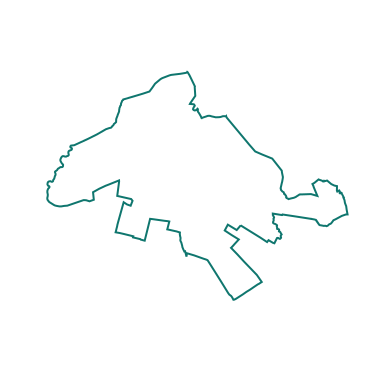 outline of Halmeu, Satu Mare, Romania, rotated 60°
{"feature_id": "2599482B67315502601683", "entity_name": "Halmeu", "entity_type": "district", "adm_level": 2, "iso_a3": "ROU", "parent_name": "Romania", "parent_adm1": "Satu Mare", "projection": "mercator", "projection_center": [23.064, 47.974], "detail": "fine", "context": "isolated", "style": "outline", "palette": "teal", "viewbox_px": 384, "rotation_deg": 60, "n_neighbors": 0, "source": "geoboundaries", "source_scale": "gbopen_adm2", "svg_char_len": 5899}
<svg xmlns="http://www.w3.org/2000/svg" viewBox="0 0 384 384"><g transform="rotate(60 192 192)"><path d="M110.4,303.5L111.6,304.7L112.1,306.0L112.5,306.4L113.1,306.9L113.3,307.7L113.0,308.4L111.8,309.3L111.5,310.1L111.3,310.9L111.5,311.9L112.2,312.7L113.2,313.4L114.4,313.5L114.7,313.4L115.6,312.8L116.2,312.8L116.5,313.0L116.9,313.7L117.1,314.6L117.5,315.3L118.5,316.5L118.9,316.8L119.9,317.4L122.2,318.2L123.4,319.0L124.7,320.2L125.7,320.8L126.8,321.0L127.6,320.8L128.1,320.9L129.4,320.6L134.3,318.0L135.3,317.3L136.6,315.9L138.2,314.0L139.1,312.4L140.2,309.5L141.5,306.8L144.8,290.0L146.1,287.9L148.8,285.4L149.6,280.9L142.7,277.8L142.8,270.7L143.4,263.7L143.9,260.6L145.5,249.4L146.5,249.9L158.0,258.7L167.7,248.2L169.9,247.9L173.2,252.0L170.3,254.5L166.7,256.3L181.0,270.9L183.2,273.1L184.3,274.0L186.0,275.7L187.4,277.0L188.7,278.3L191.3,275.2L194.1,272.2L201.0,265.0L201.8,265.8L207.0,260.3L207.6,260.2L210.5,257.3L194.3,241.7L195.8,239.7L203.6,229.7L204.3,228.7L205.0,227.8L205.8,226.8L206.2,226.4L212.0,232.1L213.9,230.0L214.0,229.9L217.6,226.0L218.2,225.3L221.0,222.7L222.3,223.6L224.1,224.3L226.1,224.9L226.4,225.1L227.9,226.2L228.5,226.4L229.4,226.5L230.3,226.5L233.7,227.4L235.0,227.9L237.3,228.2L239.7,228.4L239.9,227.6L245.2,229.1L243.8,228.0L242.3,227.2L248.0,221.8L255.4,215.5L257.5,213.6L258.7,212.7L259.0,212.6L263.0,212.4L283.9,211.6L297.6,211.2L299.5,211.0L301.5,210.1L302.1,210.0L303.4,209.9L305.9,210.0L305.9,209.8L306.4,209.1L306.4,208.8L306.4,208.0L306.5,207.8L306.1,199.3L305.7,194.8L305.6,190.8L305.4,187.9L305.3,186.8L304.9,181.3L305.0,180.0L304.8,176.6L296.3,177.3L278.5,181.7L268.7,183.9L259.9,186.1L259.8,185.6L258.8,182.4L258.5,181.6L256.5,175.2L248.9,179.3L241.7,182.9L238.2,177.3L247.3,172.3L245.3,166.6L245.2,166.6L265.7,155.6L272.9,152.0L272.0,149.8L276.5,147.3L277.6,146.3L274.7,141.9L274.4,141.5L274.4,141.2L274.6,140.7L275.2,140.1L276.0,139.8L276.4,139.5L276.5,139.3L276.6,139.1L276.3,138.0L276.1,137.7L275.9,137.6L274.8,137.3L274.3,137.1L274.0,136.7L273.6,135.6L273.2,135.6L272.2,135.7L271.4,135.6L270.8,135.6L270.3,135.9L270.0,136.2L269.6,136.4L269.2,136.1L268.7,135.6L268.1,135.4L267.6,135.5L267.4,135.7L266.9,136.3L266.6,136.7L266.4,136.7L266.2,136.6L265.8,136.2L265.3,136.0L264.4,135.9L264.2,135.8L263.6,135.1L263.3,135.0L262.6,135.2L261.2,136.0L260.5,136.7L259.5,137.2L259.3,137.2L258.8,137.0L258.5,136.8L257.5,135.5L257.0,135.2L256.8,135.1L256.0,134.9L255.7,134.6L255.4,133.9L255.2,133.7L254.2,133.5L253.4,133.6L253.0,133.5L252.8,133.4L252.3,133.5L251.8,133.2L251.5,133.0L251.1,132.8L256.9,125.7L257.0,125.5L256.9,125.4L256.7,124.9L265.0,114.5L274.1,103.2L274.5,102.7L274.6,102.4L274.9,102.3L275.4,101.6L277.2,99.5L277.5,99.2L278.3,98.7L279.0,98.7L281.1,98.5L280.9,98.4L282.4,98.3L283.8,98.2L284.5,98.0L285.5,96.8L286.7,95.4L287.1,95.0L288.0,93.3L288.9,92.5L289.0,91.6L289.0,91.0L288.6,89.5L288.6,89.1L288.8,87.9L288.7,87.1L287.8,84.9L287.2,83.7L287.3,82.3L287.4,81.5L287.6,74.2L288.4,70.0L289.2,68.5L284.6,66.9L281.2,65.5L280.8,65.5L277.9,65.0L275.3,64.0L273.8,63.8L272.7,63.7L272.7,63.3L268.2,63.1L267.5,63.1L267.4,63.0L266.9,63.4L266.9,63.6L266.9,64.1L267.0,64.3L267.1,64.5L266.9,64.6L266.6,64.3L265.8,63.8L264.3,63.7L264.2,64.5L264.0,65.0L264.5,65.5L264.3,66.0L263.2,65.8L259.4,63.5L257.6,65.5L254.8,67.4L249.6,69.3L249.2,71.0L248.3,72.0L248.8,72.6L248.2,73.4L247.5,73.6L246.9,74.0L245.1,75.6L244.4,76.1L245.3,81.5L245.3,83.7L247.8,83.9L248.3,84.1L258.1,85.4L253.3,90.0L248.4,99.2L248.1,99.5L247.9,100.3L248.0,101.1L248.1,103.8L248.2,104.6L248.1,105.4L247.9,106.8L247.0,109.7L246.8,110.5L246.4,112.0L245.7,112.2L244.5,113.1L243.8,113.2L243.1,112.6L242.4,112.5L242.0,112.7L241.3,112.7L240.8,112.5L239.6,113.2L238.9,112.9L238.2,112.7L236.7,113.5L234.5,113.9L233.9,113.5L233.1,113.4L229.1,109.7L228.1,108.7L225.7,106.7L224.5,105.8L220.0,104.3L218.4,103.6L203.2,105.8L194.6,112.5L188.5,117.0L179.3,118.8L145.1,124.7L144.1,124.7L143.4,124.5L143.5,124.8L142.9,125.5L141.8,127.4L141.6,128.4L141.3,129.8L140.8,131.0L139.4,133.7L139.0,134.3L138.3,135.0L136.4,137.1L135.1,138.3L134.6,139.0L134.2,139.8L133.9,140.5L133.7,141.8L133.1,144.7L132.8,146.3L132.9,146.6L132.5,146.8L131.8,146.6L130.5,146.5L127.2,146.5L125.3,146.7L124.7,146.5L123.8,145.8L123.4,145.6L122.9,145.5L122.6,145.6L123.0,146.5L123.1,147.3L123.0,148.1L122.8,148.8L122.0,149.5L121.4,149.7L120.8,149.7L120.3,149.2L119.7,148.5L119.2,147.5L118.7,146.5L117.4,146.4L117.1,146.5L116.7,146.9L115.0,149.3L114.7,149.8L114.4,149.4L110.4,141.1L102.3,137.1L102.0,136.7L93.9,136.1L89.6,135.8L86.0,135.9L85.6,136.1L85.9,136.6L85.9,136.9L85.8,137.6L84.9,140.1L83.8,143.0L80.3,151.2L80.0,152.1L79.7,153.4L78.6,160.3L78.5,161.3L78.5,162.4L78.6,163.4L79.6,169.1L79.7,169.7L79.9,170.2L81.8,174.2L83.7,178.6L82.3,185.3L81.1,190.4L77.5,205.3L77.9,205.7L77.9,206.1L78.0,206.6L78.2,207.1L78.8,207.7L79.5,208.7L80.2,209.5L80.9,209.9L81.2,210.1L81.3,210.3L81.6,211.0L81.7,211.3L82.1,211.6L82.3,211.8L82.8,212.6L83.1,212.9L83.7,213.3L84.6,214.1L85.7,214.8L86.0,215.1L88.1,217.8L88.8,218.5L90.2,220.3L91.0,221.2L93.5,222.8L93.7,223.6L93.9,224.4L94.1,225.7L94.6,226.3L94.9,227.0L95.0,227.4L95.1,228.1L95.7,229.4L95.8,230.0L95.2,232.0L94.6,235.2L94.6,245.5L94.0,255.3L92.6,270.6L91.3,273.6L91.6,274.4L92.0,274.8L92.6,274.9L94.1,274.2L94.4,274.3L95.1,274.9L95.2,275.4L95.2,276.0L94.9,277.4L94.9,277.8L95.0,278.2L95.2,278.7L95.6,279.0L96.2,279.5L97.1,279.8L97.9,280.0L98.3,280.3L98.5,280.5L98.6,281.0L98.7,281.5L98.5,282.1L98.4,282.5L98.4,283.3L98.1,283.8L97.8,284.3L96.9,285.1L96.3,286.0L96.3,286.5L96.4,287.1L96.7,287.9L97.7,289.3L98.3,289.9L99.1,290.3L99.9,290.4L101.4,290.4L102.4,290.4L103.5,290.0L103.9,290.0L104.4,290.3L105.3,291.0L105.5,291.5L105.5,291.9L105.3,292.4L104.8,293.2L104.7,293.9L104.7,294.6L104.9,295.7L104.8,296.5L105.0,296.9L105.4,297.5L105.6,298.0L105.8,300.0L105.9,300.4L106.2,300.7L108.1,301.1L108.6,301.4L109.1,301.8L109.7,302.8L110.4,303.5Z" fill="none" stroke="#0f766e" stroke-width="2"/></g></svg>